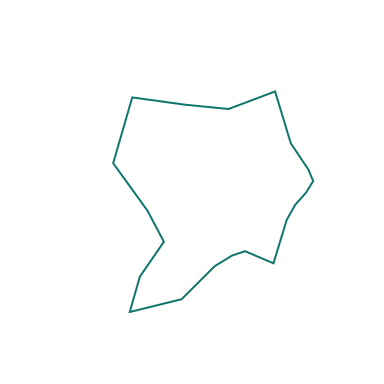 the Municipality of Mersraga, rotated 43°
{"feature_id": "LVA-5723", "entity_name": "Mersraga", "entity_type": "Municipality", "adm_level": 1, "iso_a3": "LVA", "parent_name": "Latvia", "parent_adm1": "", "projection": "mercator", "projection_center": [23.071, 57.316], "detail": "fine", "context": "isolated", "style": "outline", "palette": "teal", "viewbox_px": 384, "rotation_deg": 43, "n_neighbors": 0, "source": "natural_earth", "source_scale": "10m", "svg_char_len": 412}
<svg xmlns="http://www.w3.org/2000/svg" viewBox="0 0 384 384"><g transform="rotate(43 192 192)"><path d="M184.2,61.8L231.0,89.0L261.8,96.2L273.2,101.4L275.8,114.5L276.2,131.0L280.2,147.6L300.2,188.6L271.2,199.1L264.7,211.0L259.2,230.7L257.5,277.5L228.3,322.2L211.6,289.5L205.4,247.6L172.4,236.1L114.7,224.7L83.8,163.6L127.1,133.1L162.1,106.4L184.2,61.8Z" fill="none" stroke="#0f766e" stroke-width="2"/></g></svg>